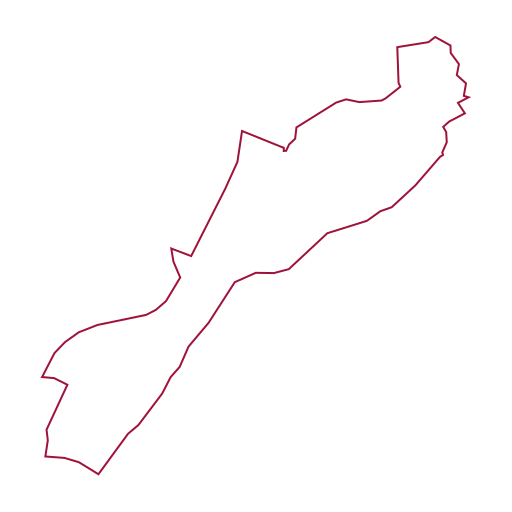 outline of Stillorgan Lea-6, Dún Laoghaire–Rathdown, Ireland, rotated 88°
{"feature_id": "5873133B81162286200234", "entity_name": "Stillorgan Lea-6", "entity_type": "district", "adm_level": 2, "iso_a3": "IRL", "parent_name": "Ireland", "parent_adm1": "Dún Laoghaire–Rathdown", "projection": "albers", "projection_center": [-6.206, 53.285], "detail": "fine", "context": "isolated", "style": "outline", "palette": "rose", "viewbox_px": 512, "rotation_deg": 88, "n_neighbors": 0, "source": "geoboundaries", "source_scale": "gbopen_adm2", "svg_char_len": 1000}
<svg xmlns="http://www.w3.org/2000/svg" viewBox="0 0 512 512"><g transform="rotate(88 256 256)"><path d="M187.9,284.5L253.8,320.8L245.6,340.4L258.8,338.7L274.9,332.5L297.9,347.5L306.3,357.9L311.0,367.8L319.4,416.9L326.0,435.7L335.3,449.8L346.0,460.8L369.5,474.0L371.0,462.0L378.1,449.0L422.3,471.4L432.9,470.5L449.0,473.5L451.1,454.5L455.9,440.2L468.6,421.1L429.2,390.1L420.8,379.4L390.1,354.5L374.0,345.5L364.1,336.1L344.2,326.6L321.2,305.8L281.4,278.1L272.8,256.8L273.7,238.7L270.3,223.7L235.7,183.9L224.7,143.9L215.6,130.2L212.0,118.7L191.0,94.3L163.2,68.5L161.6,65.6L159.0,66.2L149.0,61.4L138.8,61.6L133.5,64.4L128.4,58.3L120.7,42.3L110.0,48.8L104.8,38.0L103.2,42.7L90.8,40.1L82.2,49.0L71.3,46.5L59.9,54.3L52.4,54.3L43.4,69.3L48.3,76.2L52.2,107.5L87.9,107.5L91.9,105.9L103.0,121.0L105.0,125.0L105.8,147.3L102.6,160.5L105.5,170.6L128.9,211.1L140.2,212.8L145.6,219.0L151.9,222.2L152.0,224.6L148.9,224.4L130.6,265.6L161.3,271.3L187.9,284.5Z" fill="none" stroke="#9f1239" stroke-width="2"/></g></svg>